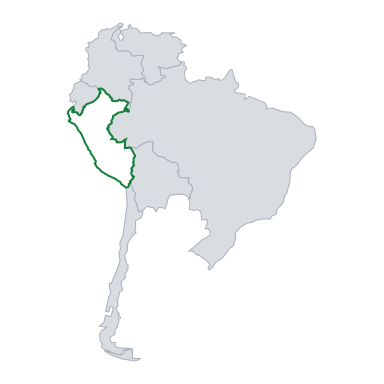 map of Peru with Chile, Brazil, Bolivia and 3 others greyed out
{"feature_id": "PER", "entity_name": "Peru", "entity_type": "country or territory", "adm_level": 0, "iso_a3": "PER", "parent_name": "South America", "parent_adm1": "", "projection": "albers", "projection_center": [-73.974, -9.194], "detail": "fine", "context": "with_neighbors", "style": "outline", "palette": "green", "viewbox_px": 384, "rotation_deg": 0, "n_neighbors": 6, "source": "natural_earth", "source_scale": "50m", "svg_char_len": 11799}
<svg xmlns="http://www.w3.org/2000/svg" viewBox="0 0 384 384"><path d="M132.5,350.1L132.4,358.3L140.3,358.5L138.7,359.9L134.7,361.0L121.3,358.8L110.6,354.8L104.1,350.7L120.8,355.3L123.3,353.6L124.8,351.1L129.2,349.6L132.5,350.1ZM130.1,183.4L132.6,187.1L133.2,191.0L135.9,193.3L134.2,198.4L136.8,204.4L138.7,211.8L142.4,211.1L143.0,212.4L141.1,217.9L135.6,220.4L135.6,229.0L134.5,230.7L136.0,232.7L132.4,235.9L129.0,240.7L127.2,245.3L127.6,250.2L124.5,255.3L126.7,263.9L128.0,264.8L127.9,269.4L125.0,274.1L125.1,278.1L121.4,281.2L121.3,285.6L122.8,290.2L119.9,291.8L117.4,300.7L118.1,306.2L116.2,307.1L117.3,312.2L119.5,313.9L117.9,315.7L120.1,316.6L120.6,318.2L118.5,319.0L119.0,321.5L117.2,327.1L114.6,330.6L115.2,332.7L113.7,335.3L110.0,337.0L110.4,341.2L112.1,342.7L115.2,342.4L115.1,345.3L117.1,347.6L132.9,348.8L128.7,348.7L122.1,351.0L121.3,354.4L119.3,354.5L114.0,353.3L102.8,348.5L101.3,346.1L102.6,343.8L100.2,341.2L99.6,334.4L101.6,330.5L106.6,327.3L99.4,326.1L103.9,322.4L105.5,315.2L110.9,316.7L113.4,307.6L110.2,306.4L108.7,312.0L105.6,311.4L108.8,296.6L111.1,293.4L109.7,288.8L109.3,283.5L111.3,283.4L117.8,267.9L120.0,260.5L118.9,253.0L120.4,248.9L119.8,242.6L122.8,236.4L127.2,203.8L126.0,187.5L128.6,186.2L130.1,183.4Z" fill="#d9dde1" stroke="#a8b0b8" stroke-width="1"/><path d="M209.2,270.1L208.0,267.2L210.3,265.0L207.6,261.5L198.9,255.0L197.1,255.1L192.3,250.9L189.0,251.3L201.9,240.0L209.8,235.5L210.1,231.4L207.7,228.3L205.2,229.1L207.2,223.1L207.3,220.3L205.6,219.2L203.6,220.0L201.7,219.6L201.0,212.7L200.2,211.1L196.8,209.5L194.6,210.4L189.3,209.2L190.0,202.0L188.6,199.0L190.2,197.9L189.9,194.9L191.4,192.6L192.5,188.4L191.4,185.0L188.7,183.4L188.2,181.2L189.1,178.2L179.2,177.5L177.4,171.2L178.9,171.1L177.9,164.1L174.9,162.3L171.6,162.3L166.0,159.5L164.0,157.4L158.1,156.3L152.5,151.3L153.1,141.5L146.1,142.3L138.7,146.4L137.5,148.0L130.8,147.6L127.8,148.5L125.4,147.8L125.9,139.6L121.5,142.7L116.8,142.6L114.8,139.7L111.3,139.3L112.5,137.0L109.5,133.7L107.3,128.8L108.7,127.8L108.7,125.5L111.9,124.0L111.4,121.0L112.8,119.1L113.2,116.6L119.3,112.9L124.5,111.1L129.3,111.4L132.1,94.3L131.3,91.2L128.9,89.2L128.9,85.3L132.0,84.5L133.1,85.1L133.3,83.0L130.1,82.4L130.1,79.1L140.7,79.4L142.6,77.5L145.1,82.4L146.1,81.8L149.1,84.7L153.3,84.4L154.4,82.8L160.8,80.9L161.5,78.6L165.4,77.2L165.1,76.1L160.5,75.5L160.2,68.6L157.7,67.1L158.8,66.7L167.2,68.9L168.8,67.7L179.0,65.3L181.1,63.3L180.4,61.8L183.3,61.7L184.5,62.9L183.7,65.2L185.6,66.1L186.7,68.6L185.1,70.4L184.1,74.9L185.7,80.1L188.9,82.8L191.6,83.1L192.3,82.1L196.5,81.1L198.4,79.8L205.6,80.9L205.9,77.2L210.7,77.3L216.1,79.9L217.9,78.5L219.1,78.8L219.8,80.3L222.4,80.1L224.6,78.2L230.1,69.8L232.0,69.6L235.6,82.1L238.5,83.2L238.4,86.9L234.0,91.0L235.6,92.7L245.1,94.2L244.9,99.6L249.3,96.4L264.7,102.8L267.1,106.2L265.9,109.1L272.3,107.9L282.6,111.7L290.6,112.2L298.1,117.5L304.4,124.2L308.3,126.2L312.8,126.9L314.6,128.8L316.2,139.2L313.1,147.9L301.8,157.9L297.9,163.6L293.5,167.9L292.2,167.9L290.4,171.7L289.8,181.9L286.6,193.5L284.8,195.4L283.2,202.5L277.4,208.9L276.0,214.3L271.7,216.2L270.2,219.2L264.7,218.7L256.5,220.1L252.8,222.1L247.0,223.2L240.7,226.9L236.1,231.8L235.1,235.6L235.7,238.5L233.1,246.0L229.4,248.6L223.3,257.1L215.2,262.9L212.6,267.4L209.2,270.1Z" fill="#d9dde1" stroke="#a8b0b8" stroke-width="1"/><path d="M130.8,147.6L137.5,148.0L138.7,146.4L146.1,142.3L153.1,141.5L152.5,151.3L158.1,156.3L164.0,157.4L166.0,159.5L171.6,162.3L174.9,162.3L177.9,164.1L178.9,171.1L177.4,171.2L179.2,177.5L189.1,178.2L188.2,181.2L188.7,183.4L191.4,185.0L192.5,188.4L191.4,192.6L189.9,194.9L190.2,197.9L188.6,199.0L188.6,197.3L183.9,194.4L179.1,194.1L170.1,195.3L167.5,200.0L167.2,202.8L165.0,209.1L164.2,207.9L158.4,207.5L156.3,211.7L153.4,207.9L146.7,206.4L142.4,211.1L138.7,211.8L136.8,204.4L134.2,198.4L135.9,193.3L133.2,191.0L132.6,187.1L130.1,183.4L133.4,177.7L131.2,173.1L132.5,171.3L131.5,169.3L133.6,166.6L134.1,158.2L135.3,156.4L130.8,147.6Z" fill="#d9dde1" stroke="#a8b0b8" stroke-width="1"/><path d="M146.1,81.8L145.1,82.4L142.6,77.5L140.7,79.4L130.1,79.1L130.1,82.4L133.3,83.0L133.1,85.1L132.0,84.5L128.9,85.3L128.9,89.2L131.3,91.2L132.1,94.3L129.3,111.4L126.6,108.5L125.0,108.4L128.6,102.9L124.5,100.3L121.2,100.8L119.3,99.8L116.3,101.2L112.3,100.6L109.1,94.9L101.2,88.4L99.8,89.0L94.7,85.9L93.2,86.8L88.6,86.1L87.2,83.8L80.7,80.9L79.9,79.3L82.0,78.8L81.7,76.2L83.0,74.2L85.7,73.8L90.0,67.7L88.0,66.4L89.0,63.4L87.7,58.5L88.9,57.2L88.0,52.7L85.7,50.0L86.4,47.4L88.2,47.8L89.2,46.2L87.9,43.2L88.5,42.4L91.4,42.5L95.6,38.9L97.9,38.3L98.9,32.3L102.1,29.9L105.7,29.8L106.1,28.7L110.5,29.2L117.1,25.5L119.8,23.0L121.8,23.4L123.3,24.7L122.2,26.4L118.6,27.2L117.2,29.8L113.3,33.1L111.1,39.8L114.0,40.2L115.9,43.7L115.9,48.8L117.2,49.3L118.5,51.1L125.7,50.6L128.9,51.3L132.7,55.9L142.1,55.2L144.1,56.1L141.7,60.6L141.2,64.4L144.0,70.8L141.2,73.3L144.6,76.4L146.1,81.8Z" fill="#d9dde1" stroke="#a8b0b8" stroke-width="1"/><path d="M176.8,57.7L181.1,63.3L179.0,65.3L168.8,67.7L167.2,68.9L158.8,66.7L157.7,67.1L160.2,68.6L160.5,75.5L165.1,76.1L165.4,77.2L161.5,78.6L160.8,80.9L154.4,82.8L153.3,84.4L149.1,84.7L146.1,81.8L144.6,76.4L141.2,73.3L144.0,70.8L141.2,64.4L141.7,60.6L144.1,56.1L142.1,55.2L132.7,55.9L128.9,51.3L125.7,50.6L118.5,51.1L117.2,49.3L115.9,48.8L115.9,43.7L114.0,40.2L111.1,39.8L113.3,33.1L117.2,29.8L118.6,27.2L122.2,26.4L122.0,27.6L118.7,28.2L120.5,30.5L120.5,33.2L118.0,36.2L120.1,40.3L122.5,40.0L123.8,36.2L122.0,34.4L121.8,30.5L128.8,28.5L128.0,26.1L130.0,24.5L132.0,28.1L135.9,28.3L139.5,31.2L139.7,32.9L150.7,32.6L153.9,35.0L158.1,35.7L161.3,34.2L161.4,32.9L175.0,32.9L170.2,34.3L172.1,36.8L176.5,37.3L180.7,40.0L181.4,44.2L184.3,44.1L186.4,45.5L181.9,48.3L181.4,50.2L183.2,52.2L178.3,53.9L178.4,56.3L176.8,57.7Z" fill="#d9dde1" stroke="#a8b0b8" stroke-width="1"/><path d="M99.8,89.0L100.5,93.0L98.9,96.5L93.0,102.2L86.5,104.4L83.3,109.2L82.3,112.8L79.3,115.1L77.0,112.4L72.6,112.3L72.4,110.3L73.9,109.0L73.3,106.8L76.1,102.7L74.8,100.3L72.8,102.9L69.5,100.6L70.6,99.0L69.6,94.2L71.5,93.3L74.4,86.5L74.0,84.3L80.7,80.9L87.2,83.8L88.6,86.1L93.2,86.8L94.7,85.9L99.8,89.0Z" fill="#d9dde1" stroke="#a8b0b8" stroke-width="1"/><path d="M128.9,111.1L128.9,111.4L128.7,111.6L128.4,111.6L128.0,111.4L127.7,111.4L127.4,111.4L127.0,111.1L126.9,110.8L126.6,110.6L125.9,110.7L125.3,110.7L124.9,110.6L124.4,110.7L124.1,111.0L123.8,111.4L123.5,111.7L122.6,111.8L122.1,111.8L121.6,112.0L121.0,112.1L120.5,112.3L118.8,112.5L118.1,112.8L117.5,113.2L116.6,113.8L116.1,114.0L115.4,114.6L114.7,115.2L114.2,115.5L113.5,115.6L113.2,115.8L113.1,116.0L112.8,117.8L112.7,118.6L112.2,119.4L111.7,120.2L111.5,120.7L111.3,121.1L111.5,121.4L111.8,122.4L111.9,122.7L111.8,123.1L111.6,123.4L111.3,123.6L110.8,123.6L109.9,124.2L108.9,125.1L108.5,125.4L108.3,126.4L108.3,126.7L108.5,126.9L108.7,127.4L108.7,127.6L108.6,127.8L108.0,127.9L107.8,128.0L107.6,127.9L107.4,128.0L107.5,128.5L107.4,128.7L107.2,129.0L107.3,129.1L107.8,129.5L108.2,130.0L108.5,130.0L108.7,130.5L108.4,130.8L108.4,131.0L108.9,131.5L109.1,131.8L109.3,132.2L109.3,132.4L109.5,132.7L109.6,133.0L109.6,133.3L110.4,133.9L110.6,134.0L110.6,134.5L110.9,134.9L111.5,135.3L112.7,136.8L112.7,137.5L111.4,139.1L112.5,139.0L113.5,139.1L114.6,139.3L115.4,139.5L115.8,139.6L116.1,139.9L116.4,140.6L116.4,141.0L116.9,141.4L116.8,142.3L119.9,142.3L121.3,142.2L121.8,142.1L122.5,141.5L122.9,141.3L123.3,141.0L123.7,140.5L124.1,140.3L124.4,140.0L124.9,139.7L125.0,139.5L125.6,139.3L125.4,139.6L125.3,139.9L125.2,140.3L125.4,140.7L125.3,141.1L125.0,141.4L124.9,147.8L125.2,147.6L125.5,147.5L126.0,147.9L126.3,148.1L126.5,148.1L126.8,148.1L127.2,148.0L128.0,147.7L128.5,147.4L129.2,147.4L130.1,147.6L130.6,147.6L135.2,156.0L134.7,156.6L134.7,157.0L134.5,157.3L134.2,157.4L133.8,157.8L133.6,158.1L133.6,160.8L133.5,161.4L133.3,161.9L133.0,162.4L133.3,162.9L133.5,164.0L133.9,164.7L134.0,165.1L133.5,165.4L133.3,165.6L133.3,166.2L133.1,166.4L132.7,166.7L132.3,167.2L132.1,167.4L131.9,168.2L131.4,168.4L131.4,168.9L131.4,169.3L131.6,169.7L132.3,170.6L132.4,170.8L132.0,171.3L131.7,171.7L131.1,172.8L131.1,173.0L131.2,173.5L132.1,175.7L132.2,175.9L132.5,176.1L133.0,176.1L133.7,176.4L134.0,176.6L134.0,176.8L133.9,176.9L133.2,177.3L133.0,177.5L133.0,177.9L133.1,178.4L132.9,178.6L132.5,178.8L132.1,179.1L131.8,179.6L131.2,180.3L131.0,180.5L130.9,180.8L130.5,180.9L129.9,181.4L129.8,181.6L129.9,181.9L130.2,182.1L130.4,182.4L130.5,182.8L130.5,183.0L130.1,183.4L129.6,183.8L128.9,183.9L128.7,184.1L128.7,184.5L128.9,185.1L128.9,185.6L128.7,186.2L128.3,186.8L127.6,187.2L126.9,187.4L126.4,187.4L125.9,187.4L125.7,187.5L125.4,187.1L123.7,185.9L123.0,185.2L122.5,184.9L121.0,183.9L120.9,183.5L120.7,182.5L120.5,182.2L120.0,181.8L118.8,181.3L118.3,181.0L117.8,180.5L117.0,180.2L116.2,179.5L115.7,179.0L115.2,178.6L113.5,178.1L112.6,177.6L111.1,176.9L110.3,176.4L108.6,175.9L108.1,175.6L106.5,174.3L105.3,173.9L104.3,173.1L101.5,171.6L101.0,171.1L100.6,170.3L99.9,169.9L99.2,168.8L98.2,168.2L97.1,167.4L96.7,166.7L96.1,165.7L95.9,165.2L95.3,164.7L95.2,163.7L94.8,163.3L95.1,163.0L95.4,162.9L95.8,161.4L95.6,160.6L94.5,159.2L94.1,158.5L93.8,157.6L93.4,157.1L92.7,156.0L92.3,155.1L91.5,154.4L91.3,154.1L91.1,153.8L90.6,153.5L90.6,152.8L90.3,151.4L89.8,150.7L88.1,149.3L88.0,148.8L87.9,147.9L87.5,146.9L85.6,143.8L85.1,142.9L84.6,141.4L84.2,140.5L83.7,139.0L82.9,137.8L82.5,136.8L82.0,135.6L81.9,134.9L81.0,133.8L80.6,132.7L79.7,131.8L78.9,131.2L78.6,130.7L77.4,128.5L77.3,127.8L76.5,126.6L75.7,125.7L75.2,125.0L74.6,124.3L70.8,122.4L69.5,121.6L69.0,121.2L68.8,120.6L68.9,120.2L69.3,119.9L69.8,120.1L70.1,120.0L70.4,119.6L70.4,118.9L70.0,118.0L68.8,116.4L68.9,116.0L69.1,115.6L68.6,114.8L68.1,114.2L67.8,113.7L68.1,111.8L68.3,111.3L70.1,109.4L70.6,108.6L71.4,108.1L72.2,107.3L73.1,106.7L73.4,106.9L73.5,107.2L73.6,107.4L73.6,107.7L73.7,107.9L73.7,108.4L73.7,108.6L73.7,108.8L74.0,109.3L73.9,109.5L73.5,109.7L73.3,110.0L73.0,110.0L72.6,109.9L72.3,110.1L72.2,110.4L72.3,110.7L72.3,110.9L72.5,111.1L73.1,111.1L72.3,112.1L72.4,112.3L72.7,112.5L72.9,112.5L73.4,112.2L73.9,111.7L74.2,111.6L74.6,111.7L75.2,112.1L75.8,112.4L76.1,112.5L76.9,112.4L77.6,112.8L77.7,113.5L77.9,114.1L78.6,114.9L79.0,115.1L79.4,115.1L80.0,115.2L80.5,114.6L80.8,114.5L80.8,114.3L80.8,114.0L80.9,113.7L81.1,113.5L82.0,112.9L82.2,112.3L82.2,112.2L82.0,111.9L82.1,111.6L82.5,110.7L82.7,109.8L83.0,109.6L83.2,109.0L83.4,108.6L83.4,108.2L83.5,108.1L83.5,107.6L83.8,106.8L83.8,106.6L84.1,106.6L84.3,106.8L84.4,107.0L84.6,107.0L84.8,106.9L84.8,106.7L84.7,106.6L84.7,106.3L86.0,104.7L86.4,104.3L89.1,103.3L92.7,102.0L95.9,99.6L98.3,96.8L98.7,96.4L99.6,93.1L99.9,93.3L100.3,93.3L100.3,91.9L100.3,91.7L100.4,91.3L100.4,91.1L100.0,90.9L99.5,90.3L99.3,89.9L99.1,89.5L98.3,89.0L98.4,88.8L98.6,88.8L99.2,89.0L99.9,88.9L100.2,88.7L100.6,88.4L100.8,88.4L101.0,88.4L101.8,89.0L102.1,89.1L102.4,89.2L102.7,89.2L102.9,89.2L103.1,89.7L103.5,89.9L103.9,90.1L104.7,90.9L105.0,91.2L105.2,91.8L105.3,92.2L105.4,92.5L105.7,93.1L105.9,93.3L106.2,93.5L106.9,93.7L107.3,94.0L107.6,94.2L108.0,94.6L108.3,94.7L108.7,94.7L109.0,94.8L109.3,95.2L109.5,95.7L109.8,95.9L110.0,96.4L109.8,96.9L110.0,97.2L110.3,97.5L110.7,97.7L111.2,97.7L111.4,97.7L111.6,98.0L112.0,99.3L111.8,99.7L111.7,100.0L111.8,100.4L112.7,100.7L112.9,101.0L113.2,101.1L113.7,101.1L114.2,101.0L114.5,100.8L115.9,101.2L116.4,101.1L116.9,101.1L117.3,101.0L117.7,100.7L118.1,100.7L118.4,100.5L119.1,99.8L119.4,99.7L120.4,100.1L120.8,100.4L121.0,100.5L121.3,100.7L121.8,100.7L122.4,100.6L122.8,100.3L123.6,100.1L123.9,100.1L125.0,100.8L125.3,101.2L125.7,101.2L126.1,101.4L126.6,101.6L126.9,101.8L127.2,102.0L127.5,102.3L127.9,102.4L128.3,102.5L128.5,102.8L128.4,103.0L124.8,108.6L125.0,108.6L125.9,109.1L126.1,109.1L126.5,109.0L126.7,108.8L126.9,108.8L127.5,109.2L127.7,109.8L127.8,110.1L128.2,110.3L128.6,110.7L128.9,111.1Z" fill="none" stroke="#15803d" stroke-width="2"/></svg>